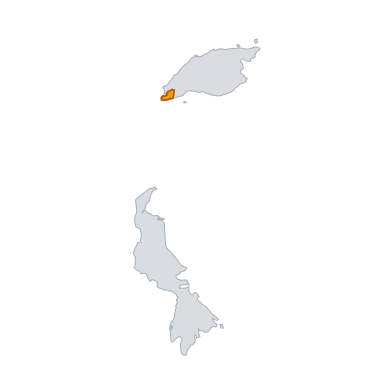 Kota Tinggi, Johor, Malaysia (highlighted), rotated 100°
{"feature_id": "92858781B34033962801246", "entity_name": "Kota Tinggi", "entity_type": "district", "adm_level": 2, "iso_a3": "MYS", "parent_name": "Malaysia", "parent_adm1": "Johor", "projection": "albers", "projection_center": [103.994, 1.692], "detail": "fine", "context": "in_parent", "style": "filled", "palette": "amber", "viewbox_px": 384, "rotation_deg": 100, "n_neighbors": 0, "source": "geoboundaries", "source_scale": "gbopen_adm2", "svg_char_len": 5384}
<svg xmlns="http://www.w3.org/2000/svg" viewBox="0 0 384 384"><g transform="rotate(100 192 192)"><path d="M326.4,190.4L324.4,190.0L321.5,188.3L318.6,187.7L310.1,187.8L308.9,187.2L307.2,188.3L304.3,187.4L302.6,187.6L300.7,188.7L298.1,187.7L296.8,189.3L295.1,190.3L293.3,194.6L293.0,199.6L293.3,202.8L292.5,204.5L292.2,208.0L291.6,209.6L289.2,210.3L288.1,209.8L286.0,212.0L285.5,212.9L285.4,216.3L287.1,217.4L287.1,218.1L283.6,221.0L280.6,222.7L280.2,224.2L281.4,227.2L280.9,228.6L279.3,229.4L278.2,233.2L276.8,235.7L276.2,236.0L274.1,235.2L266.1,236.4L263.8,238.4L261.5,239.7L259.7,238.5L258.8,238.6L251.2,236.5L250.9,234.6L250.2,234.3L242.4,234.5L237.6,236.5L235.9,241.4L233.3,242.0L231.4,243.7L228.1,243.5L226.0,244.0L222.8,243.2L219.7,243.1L209.8,246.3L206.7,244.1L197.0,235.4L195.6,233.9L195.3,231.2L194.2,230.7L193.9,230.0L193.7,229.2L195.2,227.0L196.7,229.8L199.1,231.4L203.3,232.4L207.2,232.1L212.6,234.9L214.3,235.3L216.2,235.1L219.6,237.3L221.7,237.4L218.9,235.9L218.4,234.7L218.7,233.4L220.5,231.7L220.7,229.0L222.1,226.3L222.3,225.0L221.4,224.1L221.1,222.4L221.9,220.1L223.7,221.3L225.2,221.0L225.2,216.8L226.3,215.0L228.2,213.7L246.6,209.4L249.6,208.4L251.6,207.1L258.2,198.2L266.1,189.8L267.1,186.8L267.0,184.8L267.5,184.3L268.3,184.0L270.1,185.0L271.0,185.8L272.6,189.4L274.2,189.5L276.8,192.9L277.4,193.3L278.2,193.1L280.2,190.9L280.7,189.3L280.3,189.0L281.2,187.2L280.3,186.0L279.6,181.8L284.2,178.7L284.2,182.2L285.6,187.2L287.9,187.9L289.1,187.5L288.4,186.0L288.2,183.1L287.5,181.2L286.1,178.7L289.9,178.1L292.9,175.4L293.3,173.8L291.4,172.8L290.6,171.5L290.6,170.1L293.6,167.0L294.0,167.9L295.9,168.1L296.8,168.0L298.1,166.8L298.8,164.9L301.1,162.3L302.4,158.2L308.2,151.6L312.7,143.8L313.7,144.4L314.0,146.5L313.0,150.1L315.0,149.2L318.5,144.1L320.6,144.9L320.5,146.3L321.3,148.9L327.2,152.2L328.0,155.5L326.7,156.8L327.2,160.0L326.8,161.0L324.9,162.0L330.1,161.0L333.2,159.1L335.1,162.2L332.1,163.5L332.7,164.8L335.6,164.0L337.3,162.9L339.0,163.1L341.7,164.3L342.5,165.1L343.0,166.6L345.0,167.1L349.1,169.2L352.7,169.1L354.0,170.2L353.9,173.0L352.0,174.6L344.4,177.0L342.4,176.9L339.6,176.1L337.6,176.7L336.4,179.3L338.7,182.0L342.7,184.7L343.3,185.3L342.5,186.7L333.6,189.0L331.7,188.8L328.4,187.5L326.4,190.4ZM37.8,153.9L38.8,150.1L40.2,150.0L41.6,152.2L46.2,153.9L47.7,153.3L48.3,153.7L49.0,154.2L50.3,157.2L53.2,157.3L53.6,162.0L52.2,163.8L52.0,165.1L54.2,167.3L55.5,166.8L56.6,164.8L61.5,162.9L63.5,165.0L65.4,165.0L66.8,164.2L67.8,161.7L69.8,159.7L70.5,157.3L73.4,158.0L74.5,158.5L77.7,163.6L81.9,167.2L85.1,169.2L87.0,171.2L92.2,180.4L92.9,183.4L93.1,188.0L92.3,194.9L91.3,198.4L91.5,200.0L92.8,202.5L92.4,204.8L92.6,212.2L94.2,214.9L98.8,218.1L105.5,232.3L106.7,236.3L106.0,237.9L104.8,238.2L103.8,237.5L103.2,235.5L101.6,234.0L101.7,236.8L98.9,236.4L96.8,236.8L94.4,238.8L93.3,238.8L91.2,235.2L83.6,231.1L80.8,230.1L77.8,227.0L71.2,223.6L66.9,220.2L65.1,218.2L60.8,216.3L58.9,214.2L57.1,213.0L58.1,210.9L57.2,206.9L54.1,203.2L52.6,200.7L49.8,198.2L47.5,195.0L48.9,194.1L46.7,190.7L45.9,188.2L45.9,183.6L43.6,177.1L41.6,168.1L42.0,164.9L41.5,161.5L37.8,153.9ZM318.7,140.8L317.7,141.7L317.4,139.3L318.8,138.0L320.7,137.7L320.8,139.9L320.3,140.5L318.7,140.8ZM33.3,153.5L34.5,155.3L33.6,156.3L32.9,156.1L31.6,156.9L30.2,155.1L30.0,154.3L31.7,154.4L33.3,153.5ZM224.3,220.4L223.8,220.6L223.0,220.1L222.8,215.0L223.4,214.6L224.1,215.5L224.3,220.4ZM41.4,171.0L40.1,173.4L38.9,173.1L39.2,170.4L39.8,170.1L41.4,171.0ZM331.6,190.0L329.3,190.4L327.7,190.4L327.9,189.0L328.6,188.8L331.6,190.0ZM105.6,215.6L104.3,215.6L104.0,215.0L104.9,213.2L105.6,215.6ZM57.5,211.3L56.6,211.6L56.7,210.5L57.4,209.9L57.5,211.3Z" fill="#d9dde1" stroke="#a8b0b8" stroke-width="1"/><path d="M95.9,231.2L96.0,231.2L96.2,231.8L96.3,231.7L96.6,232.1L96.4,232.2L96.5,232.2L97.2,233.3L97.3,233.4L97.5,233.2L98.0,233.2L98.0,233.4L98.2,233.5L98.6,233.8L98.9,233.9L99.0,234.0L99.3,234.3L99.5,234.4L99.8,234.2L100.0,233.9L99.9,233.8L100.0,233.7L100.2,233.3L100.3,233.1L100.5,233.2L100.7,233.3L100.8,233.4L100.9,233.5L101.0,233.5L101.4,233.7L101.5,233.8L101.5,234.0L101.6,234.4L101.6,234.5L101.8,234.6L102.0,234.8L102.2,235.0L102.4,237.0L102.5,236.9L103.2,237.0L103.3,237.2L103.5,237.3L103.6,237.5L103.8,237.7L103.8,237.8L103.7,237.9L103.5,238.0L103.4,238.1L103.5,238.2L103.9,238.3L104.0,238.4L104.1,238.5L104.3,238.6L104.5,238.5L104.8,238.7L105.0,238.6L105.3,238.7L105.5,238.5L105.7,238.4L105.8,238.2L106.0,238.2L106.0,238.3L106.4,238.3L106.6,238.2L106.5,237.9L106.5,237.6L106.4,237.4L106.5,237.2L106.8,237.0L106.8,236.8L106.7,236.7L106.4,236.3L106.4,236.1L106.5,235.9L106.6,235.7L106.5,235.4L106.4,235.3L106.3,235.2L106.1,235.1L106.1,234.9L106.2,234.7L106.1,234.4L106.2,234.2L105.9,233.9L105.9,233.6L106.0,233.5L106.0,233.4L105.9,233.3L105.7,233.1L105.6,232.9L105.6,232.7L105.4,232.4L105.3,232.2L105.2,232.1L105.2,231.9L105.1,231.7L105.0,231.3L104.9,231.1L104.7,230.9L104.6,230.7L104.5,230.4L104.5,230.2L104.4,230.1L104.4,230.3L104.1,230.2L103.9,230.2L103.8,229.9L103.7,229.8L103.6,229.7L103.6,229.4L103.6,229.2L103.8,229.0L103.9,228.9L104.0,229.0L104.0,228.8L103.9,228.7L103.8,228.4L103.7,228.1L103.5,227.9L103.4,227.7L103.2,227.4L103.0,227.2L102.8,227.0L94.7,227.0L94.7,228.6L94.4,229.3L94.5,229.3L94.5,229.5L94.8,229.7L94.9,229.8L95.0,230.0L95.3,230.2L95.3,230.3L95.4,230.5L95.5,230.5L95.7,230.8L95.8,230.9L95.8,231.0L95.9,231.2Z" fill="#f59e0b" stroke="#b45309" stroke-width="1.5"/></g></svg>